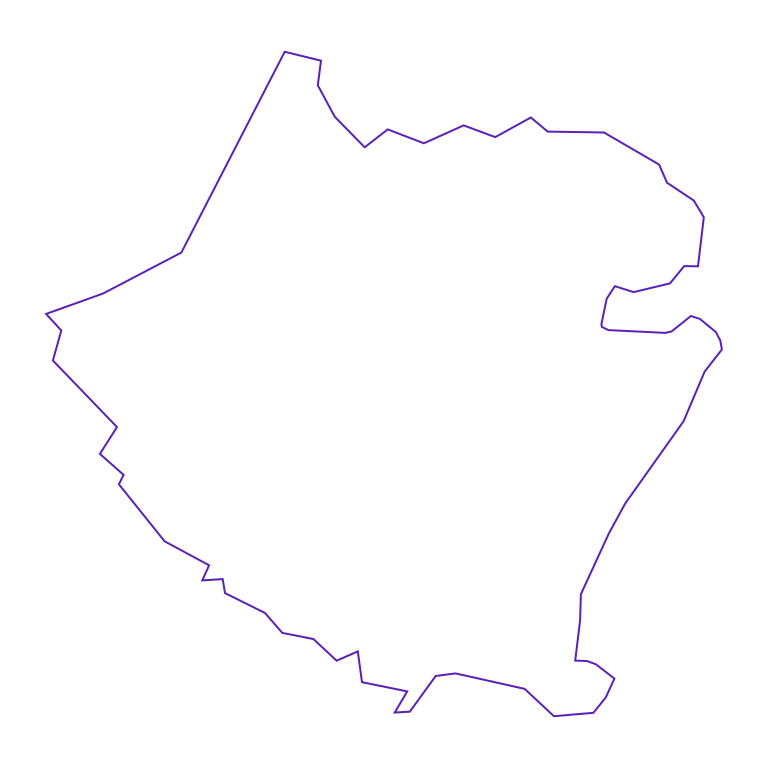 the district of McIntosh, Georgia, United States of America
{"feature_id": "52423323B58673559392327", "entity_name": "McIntosh", "entity_type": "district", "adm_level": 2, "iso_a3": "USA", "parent_name": "United States of America", "parent_adm1": "Georgia", "projection": "orthographic", "projection_center": [-81.368, 31.496], "detail": "fine", "context": "isolated", "style": "outline", "palette": "violet", "viewbox_px": 768, "rotation_deg": 0, "n_neighbors": 0, "source": "geoboundaries", "source_scale": "gbopen_adm2", "svg_char_len": 983}
<svg xmlns="http://www.w3.org/2000/svg" viewBox="0 0 768 768"><path d="M46.1,313.9L61.3,330.5L52.9,360.5L117.0,427.1L99.9,453.9L123.6,474.9L118.9,484.3L164.7,541.4L209.1,565.3L202.3,580.4L222.7,579.1L225.0,593.1L265.0,613.0L282.3,632.9L313.5,639.1L336.6,660.7L357.8,651.4L362.0,682.2L407.2,691.4L394.8,712.5L409.8,711.7L435.7,676.0L455.5,673.4L524.7,688.9L553.9,716.2L593.4,712.8L605.8,697.4L614.4,678.6L595.9,664.3L586.9,661.0L575.2,660.6L580.1,620.4L580.9,594.2L608.9,533.4L625.2,503.5L683.6,421.2L704.7,371.5L721.9,349.5L720.4,340.8L715.9,332.1L699.9,318.9L690.9,316.0L671.5,331.5L665.3,332.9L608.5,330.1L602.0,327.0L601.4,324.3L606.7,298.7L614.8,286.2L633.6,292.1L670.0,283.4L684.2,266.1L698.0,266.3L703.8,217.3L693.9,200.6L667.0,182.7L659.1,164.6L604.0,132.5L547.7,131.6L530.8,117.5L495.3,137.1L463.6,125.4L423.9,143.3L387.7,129.4L364.7,147.3L334.8,116.8L317.8,85.3L321.0,60.7L284.7,51.8L181.4,252.5L103.1,293.5L46.1,313.9Z" fill="none" stroke="#5b21b6" stroke-width="2"/></svg>